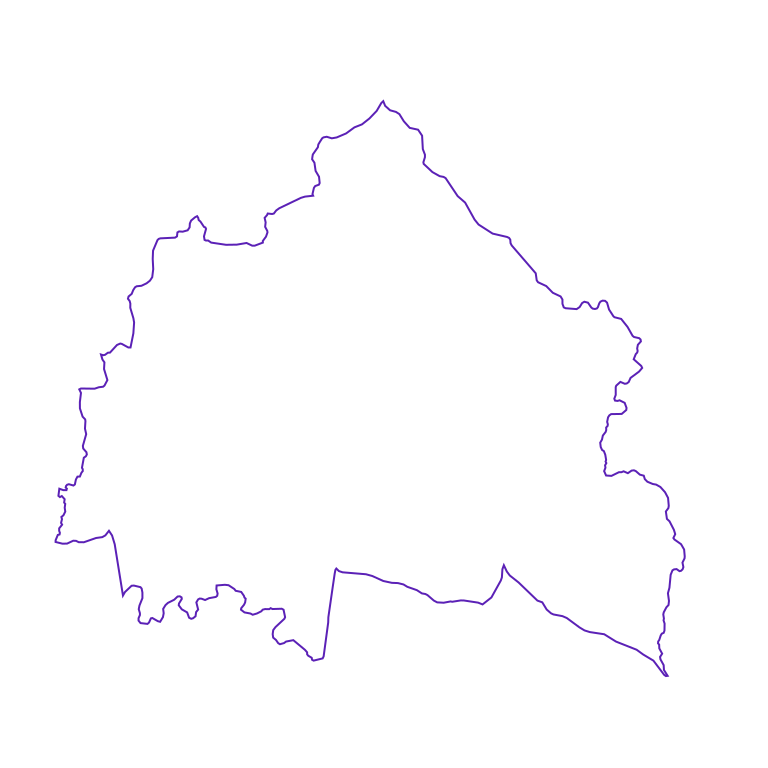 Kaloleni, Coast, Kenya (orthographic projection), rotated 185°
{"feature_id": "3690345B39012511095910", "entity_name": "Kaloleni", "entity_type": "district", "adm_level": 2, "iso_a3": "KEN", "parent_name": "Kenya", "parent_adm1": "Coast", "projection": "orthographic", "projection_center": [39.512, -3.773], "detail": "fine", "context": "isolated", "style": "outline", "palette": "violet", "viewbox_px": 768, "rotation_deg": 185, "n_neighbors": 0, "source": "geoboundaries", "source_scale": "gbopen_adm2", "svg_char_len": 6112}
<svg xmlns="http://www.w3.org/2000/svg" viewBox="0 0 768 768"><g transform="rotate(185 384 384)"><path d="M76.0,118.0L80.2,123.5L80.9,128.3L84.6,133.8L85.2,136.2L83.4,139.6L86.7,144.6L87.2,148.4L88.4,149.5L88.4,151.4L87.5,153.0L86.4,157.7L85.5,159.5L83.7,160.5L83.1,162.8L83.6,169.8L84.9,172.9L84.7,174.7L85.7,178.8L85.4,181.0L83.2,186.2L81.3,188.6L81.2,192.7L82.9,200.3L81.9,205.9L81.8,218.9L80.4,223.5L78.9,224.6L76.4,225.1L73.3,223.3L71.8,223.8L70.4,225.4L69.8,227.7L71.1,232.1L69.4,236.5L69.4,238.5L70.6,245.3L74.1,250.3L81.1,254.4L82.3,255.8L80.8,259.8L82.5,264.0L87.6,272.1L90.4,274.3L92.1,281.6L89.9,285.1L89.7,287.4L91.1,295.3L94.6,300.7L99.7,305.5L104.1,307.5L107.5,307.8L113.1,309.6L115.9,312.0L117.2,315.3L121.2,316.0L125.6,319.2L127.5,319.8L129.8,319.3L133.3,316.4L137.7,317.9L139.8,316.8L142.3,316.6L149.4,312.3L154.8,312.2L157.1,316.4L156.1,319.9L156.7,322.3L155.6,324.6L156.5,326.0L156.1,327.7L157.4,332.8L159.1,336.3L161.0,337.3L162.6,340.1L163.5,344.4L162.0,347.6L161.5,351.7L159.0,355.6L158.6,357.5L158.9,360.0L157.6,361.7L157.5,363.4L158.4,365.7L157.9,370.3L156.8,372.4L155.1,373.8L144.6,374.9L140.4,379.2L140.3,381.3L142.6,386.2L147.9,388.3L149.8,387.5L152.4,387.6L153.3,389.4L152.2,393.3L152.9,401.1L152.5,402.6L148.7,406.7L144.1,405.2L142.2,405.7L140.4,407.3L138.9,411.6L131.0,418.6L128.2,422.5L129.3,424.4L137.4,430.4L135.8,435.7L134.5,437.4L134.2,439.0L134.9,441.5L134.5,445.2L131.8,448.8L132.3,450.7L133.8,451.9L139.0,452.6L140.6,453.7L146.3,462.0L153.4,469.5L160.2,470.6L161.4,471.5L166.3,477.8L168.9,484.5L171.0,486.1L173.5,486.1L175.6,484.9L176.6,483.1L177.6,479.2L178.5,477.8L180.4,477.1L182.7,477.3L184.2,478.3L187.9,482.8L191.6,483.4L193.7,481.9L195.8,477.7L198.6,475.4L209.7,475.3L211.6,476.0L213.2,479.4L213.6,483.7L215.7,486.6L223.8,489.6L230.9,495.7L239.4,498.8L240.9,500.6L242.5,507.5L268.8,533.1L270.2,535.3L270.8,538.8L272.1,540.4L274.2,541.2L288.9,543.3L303.7,551.1L308.1,555.7L319.0,571.8L327.0,577.6L340.6,594.5L342.7,595.5L346.7,595.9L354.2,599.3L363.6,606.7L364.1,608.3L363.0,613.5L363.2,616.0L365.8,621.4L367.7,634.7L372.2,640.3L380.7,641.4L387.1,647.4L392.2,654.2L395.8,656.1L401.8,657.2L407.1,661.2L409.4,665.7L411.2,663.6L415.1,655.4L421.7,647.2L428.6,640.7L435.8,637.1L443.6,630.3L452.6,625.5L457.4,624.2L462.6,625.3L465.8,624.4L467.0,623.4L469.1,619.4L470.3,616.9L470.5,614.1L474.9,606.5L475.1,604.3L475.2,601.6L472.6,598.4L470.7,590.3L466.8,584.8L465.6,578.6L466.2,576.9L469.8,575.2L470.9,573.3L471.8,566.9L471.0,565.4L479.0,563.8L483.0,562.2L503.6,550.0L506.5,547.5L508.6,544.2L510.3,543.6L514.7,543.7L515.2,542.1L517.4,539.1L516.0,534.7L516.1,530.2L513.6,526.3L513.3,524.8L514.4,520.5L517.2,515.9L517.0,514.3L524.9,510.5L527.3,510.3L533.2,512.5L542.8,510.0L553.5,508.9L568.5,509.8L571.7,511.6L573.9,511.4L575.3,511.9L576.2,515.4L574.8,523.0L575.6,524.4L577.0,524.8L581.0,529.8L582.9,531.2L583.6,533.4L584.8,534.9L586.8,533.6L590.4,530.0L591.4,527.0L591.3,523.1L593.0,520.0L597.8,518.2L601.5,518.1L603.0,517.0L603.1,513.0L604.9,511.6L619.5,509.6L621.1,508.9L622.2,507.6L625.7,496.7L625.3,488.4L623.9,478.3L624.2,470.2L626.2,466.5L629.3,463.6L634.2,460.7L638.9,459.8L640.4,458.7L642.0,455.7L643.2,451.8L646.1,448.9L646.5,446.6L644.6,444.5L643.7,442.0L643.4,437.8L639.4,427.7L638.3,423.5L638.1,412.6L639.7,398.3L641.9,398.1L648.7,401.1L650.3,401.3L653.4,399.6L659.7,391.4L661.8,391.1L664.4,388.8L666.3,388.2L668.5,388.7L666.6,383.8L664.4,381.2L664.2,374.5L659.9,363.8L662.3,358.1L663.6,356.8L667.8,355.9L671.9,354.1L685.5,353.1L687.1,352.1L685.1,348.7L685.4,339.5L684.8,333.2L681.4,325.2L678.6,322.7L678.2,321.0L678.0,313.5L676.3,308.1L678.6,296.1L678.0,293.5L674.5,290.1L673.9,287.9L674.7,286.0L676.6,284.4L677.6,274.2L676.7,272.9L676.5,271.0L677.7,269.2L678.9,265.3L681.3,265.0L682.6,262.0L683.2,257.0L684.5,255.8L689.2,256.7L690.9,256.0L691.9,254.6L692.1,253.1L690.8,252.1L691.1,250.6L694.2,250.3L698.3,251.4L698.6,244.2L697.0,243.1L695.2,244.3L692.1,241.4L692.3,238.0L691.1,236.8L691.3,232.9L690.4,229.1L691.9,225.3L693.8,223.4L693.0,221.3L693.6,217.5L692.4,215.8L695.0,211.9L694.8,209.4L693.9,207.5L694.1,205.8L695.8,205.2L697.5,199.8L697.4,198.0L690.4,196.9L685.8,197.4L679.9,200.8L677.1,200.9L674.3,199.8L669.2,200.2L657.4,205.5L651.3,206.9L648.4,208.9L645.2,213.8L641.7,209.4L638.3,200.9L625.6,150.5L623.9,154.2L617.9,161.0L615.6,161.4L608.9,160.4L607.6,159.1L606.5,155.2L606.0,149.6L608.3,142.0L608.7,138.3L607.2,134.5L607.0,132.6L608.1,129.3L607.9,126.9L605.7,124.6L598.7,124.4L597.3,125.9L595.8,130.2L594.4,130.7L588.6,128.0L586.3,127.6L583.9,132.5L583.5,136.4L584.4,140.7L582.4,144.7L580.2,147.1L574.2,150.8L571.1,154.3L568.9,154.7L567.1,153.8L566.7,152.3L569.1,147.5L569.2,145.7L565.8,141.9L560.2,139.3L557.8,134.2L555.6,133.3L553.8,134.0L551.5,136.2L551.3,140.4L549.5,143.1L551.9,150.1L550.4,153.2L548.9,154.2L547.0,154.2L543.4,153.2L539.6,155.4L533.0,157.2L531.7,158.5L531.5,160.8L533.1,164.9L533.2,168.7L525.0,170.1L521.3,170.0L515.2,166.7L513.8,165.1L508.1,164.4L505.1,160.8L504.4,159.1L503.1,158.1L503.3,154.3L504.2,151.9L506.7,148.2L506.8,146.7L503.1,144.3L497.0,143.7L494.7,142.7L490.6,144.3L486.4,146.9L485.2,148.6L482.9,149.4L478.7,149.7L477.4,150.8L475.5,150.1L466.3,151.2L464.4,150.4L462.2,143.1L462.8,141.4L470.9,132.4L472.9,129.2L473.1,125.1L472.3,121.7L469.3,119.6L466.8,116.6L465.0,115.7L461.0,117.2L459.1,118.9L452.0,120.9L439.6,112.3L437.2,110.0L437.0,108.0L435.8,106.7L432.2,105.0L431.6,103.0L430.0,102.3L421.2,105.3L420.4,107.4L418.8,141.6L419.1,146.8L417.4,177.2L416.6,190.8L416.2,194.6L415.4,196.0L412.6,193.7L408.8,192.8L385.4,192.9L378.9,191.7L367.6,187.7L358.8,186.6L352.8,186.9L347.1,186.0L343.1,184.0L333.3,181.5L328.0,178.7L324.5,178.4L322.3,177.5L315.5,172.6L312.0,171.1L305.5,171.3L298.7,173.2L297.1,173.0L288.6,175.1L285.6,175.3L271.2,174.4L266.6,173.0L258.4,180.7L250.5,198.4L249.7,201.6L249.9,209.8L248.8,213.9L245.3,207.9L242.0,204.2L232.6,198.0L212.3,181.6L207.3,180.3L202.3,173.5L197.6,170.1L195.1,169.2L186.0,168.3L181.5,166.8L168.1,158.6L162.8,156.0L157.3,154.8L142.8,153.9L130.4,147.6L109.2,141.3L102.2,137.1L91.5,131.9L79.6,118.7L77.7,117.6L76.0,118.0Z" fill="none" stroke="#5b21b6" stroke-width="2"/></g></svg>